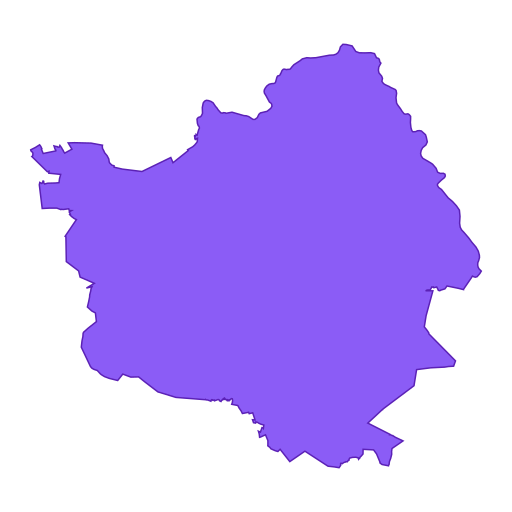 outline of Tepic, Nayarit, Mexico
{"feature_id": "50627088B74559046187795", "entity_name": "Tepic", "entity_type": "district", "adm_level": 2, "iso_a3": "MEX", "parent_name": "Mexico", "parent_adm1": "Nayarit", "projection": "orthographic", "projection_center": [-104.883, 21.625], "detail": "fine", "context": "isolated", "style": "filled", "palette": "violet", "viewbox_px": 512, "rotation_deg": 0, "n_neighbors": 0, "source": "geoboundaries", "source_scale": "gbopen_adm2", "svg_char_len": 5962}
<svg xmlns="http://www.w3.org/2000/svg" viewBox="0 0 512 512"><path d="M339.1,467.7L340.7,465.3L340.7,464.6L340.5,463.9L341.0,463.2L342.3,463.7L343.4,462.8L344.4,462.3L345.4,462.1L345.9,461.7L347.3,461.8L348.4,460.3L349.0,460.2L349.1,459.2L349.7,458.1L352.3,457.4L355.9,457.2L357.4,457.7L357.7,457.6L358.1,457.7L358.6,459.2L359.0,458.6L359.6,458.4L359.9,457.4L361.2,456.1L363.0,454.0L363.1,449.3L373.6,449.9L376.6,454.0L380.0,462.2L379.9,462.8L380.0,463.0L382.0,464.5L388.5,465.8L388.7,465.0L389.1,464.4L389.4,461.7L390.7,458.3L391.7,454.3L391.6,451.5L392.0,448.5L403.0,440.9L395.4,437.3L393.5,436.1L393.3,436.1L392.9,435.6L391.8,435.4L390.1,434.5L389.8,434.6L389.9,434.3L367.8,423.1L382.0,409.9L382.6,409.7L383.0,409.0L414.0,385.7L416.6,369.6L430.8,367.8L444.7,367.1L448.5,366.5L453.6,366.2L455.5,360.9L428.9,333.9L428.7,332.7L426.4,329.4L424.3,326.9L426.1,315.7L432.9,290.8L425.6,290.8L427.0,290.1L427.2,290.4L427.8,290.0L430.2,289.9L431.9,286.9L432.7,287.2L433.4,287.0L433.8,287.7L436.7,287.0L438.1,289.6L438.1,290.0L439.2,290.7L440.1,290.6L440.9,290.1L444.9,288.9L447.0,286.0L458.3,288.3L463.5,289.6L463.5,289.3L471.3,277.9L472.4,276.1L473.6,276.7L475.3,277.2L477.1,276.7L479.8,273.6L481.3,271.1L479.0,268.8L478.1,267.1L477.7,265.2L477.8,262.7L478.6,260.8L479.5,257.6L479.4,255.3L478.3,251.2L476.0,247.1L471.9,242.3L468.7,237.9L464.3,232.8L461.6,229.9L460.2,227.2L459.6,223.2L460.0,216.4L459.4,210.1L456.5,205.9L452.5,201.5L448.1,197.8L441.5,189.5L438.8,187.6L437.9,186.3L437.4,185.1L437.5,184.2L438.3,183.1L441.4,180.1L444.5,177.6L445.3,176.0L445.0,174.2L443.4,173.3L440.3,173.4L437.6,172.2L436.1,168.3L432.6,164.2L430.7,162.9L422.8,158.3L421.1,155.8L420.6,153.4L421.2,150.4L422.6,147.7L425.9,145.0L427.3,141.9L426.3,137.2L425.5,134.7L421.4,131.0L419.4,130.6L417.3,130.8L415.8,131.6L412.9,131.8L411.8,130.6L410.9,127.4L410.4,122.5L410.6,118.9L410.6,116.3L409.2,114.6L407.9,113.8L405.6,114.2L404.1,113.8L402.2,111.5L400.4,108.6L397.7,105.0L396.6,103.1L396.0,97.7L396.6,93.3L396.1,90.5L395.2,89.5L390.6,87.4L389.2,86.5L386.7,85.4L384.5,84.3L383.3,83.3L381.9,81.4L382.5,78.4L381.7,76.2L378.9,72.8L378.4,70.1L378.8,67.0L380.9,63.1L379.8,61.8L379.4,59.7L378.9,58.8L378.0,58.2L376.5,57.8L374.5,53.6L370.8,52.7L365.1,52.9L359.3,52.8L355.8,51.5L352.1,45.9L346.2,44.5L342.9,44.3L340.4,46.9L339.5,50.1L338.0,52.7L336.0,54.2L333.5,55.0L329.4,55.2L315.9,57.7L310.4,58.0L306.8,57.7L302.3,58.9L300.1,60.7L293.9,64.7L291.9,66.9L290.3,69.0L289.1,69.4L288.0,69.3L286.7,69.6L284.1,69.1L283.3,69.3L282.6,69.9L281.7,71.1L281.2,72.7L280.5,73.6L280.4,74.4L280.0,74.9L279.1,75.6L277.6,76.0L276.9,77.2L275.6,82.0L275.0,83.0L273.8,83.5L271.8,83.6L269.2,84.2L266.9,85.9L265.5,87.7L264.4,89.7L264.1,91.2L264.4,93.1L266.0,95.7L269.4,102.0L271.1,103.3L271.6,104.0L272.0,106.2L270.8,108.3L267.1,111.3L260.4,112.9L258.9,114.3L257.3,117.6L255.0,119.4L253.0,119.4L248.8,116.6L246.4,115.8L243.9,115.6L232.0,112.2L226.0,113.3L225.5,112.9L224.1,112.7L223.2,112.7L222.8,113.1L220.9,112.9L218.1,109.8L216.9,107.9L215.5,106.4L213.1,102.8L210.9,101.4L208.6,100.6L206.5,100.3L205.1,100.8L204.1,101.7L203.2,103.0L202.3,107.5L202.5,113.4L201.5,115.5L200.6,116.7L198.4,117.4L197.3,118.5L197.0,119.3L197.4,123.3L198.2,125.7L198.9,126.2L199.3,127.2L199.4,128.2L198.7,129.5L197.1,135.2L196.5,134.8L196.6,135.1L195.6,135.2L195.4,135.6L195.1,135.5L194.9,135.7L194.6,135.7L194.6,136.3L195.2,136.3L194.8,137.4L194.8,138.5L195.1,139.2L195.5,139.2L195.5,139.5L195.8,139.5L196.1,138.6L196.9,138.6L197.5,138.3L197.3,141.5L196.7,142.6L194.7,145.0L192.8,146.7L187.6,149.7L188.2,150.6L173.0,162.7L170.8,157.5L142.0,171.5L122.4,169.1L114.1,167.2L114.1,165.8L111.8,165.1L109.6,162.9L109.2,161.9L108.8,159.0L107.1,155.7L104.6,152.7L103.8,150.8L102.5,148.4L102.3,146.2L102.5,145.2L91.0,143.1L74.5,142.7L68.2,142.9L71.9,149.2L64.7,153.1L63.5,151.4L63.1,150.2L62.7,149.9L61.5,147.6L59.9,145.4L59.1,147.2L57.8,147.1L57.3,146.6L55.7,146.4L54.0,145.9L55.0,149.1L55.9,150.2L55.8,150.9L43.2,153.5L41.4,149.2L41.9,148.8L40.8,146.4L39.6,144.8L35.3,147.5L30.7,149.8L30.9,150.8L32.5,152.4L32.9,153.1L32.8,155.4L32.5,156.0L31.8,156.5L47.4,171.8L49.0,171.2L48.8,173.2L60.7,174.4L59.5,178.7L59.0,182.7L55.4,183.0L47.6,183.2L44.6,184.0L43.8,183.0L43.7,181.3L43.1,181.0L42.1,183.3L41.8,183.5L39.8,182.4L39.3,184.8L42.2,208.5L49.6,208.1L56.8,208.1L60.9,209.6L61.4,209.3L63.2,209.5L68.7,208.8L69.1,210.2L69.3,210.5L71.5,210.6L69.2,212.0L70.4,214.2L69.7,214.6L71.5,216.5L74.3,218.6L76.4,219.6L65.1,236.3L65.9,236.8L66.3,261.6L78.6,270.9L80.1,277.1L94.3,283.3L86.4,288.1L92.0,286.7L91.0,288.8L90.8,290.6L89.7,294.9L89.6,297.0L88.7,301.5L87.4,307.0L91.8,311.0L95.4,312.9L96.4,321.6L88.1,328.2L83.6,332.2L83.1,333.3L82.9,336.5L82.0,340.9L81.3,347.2L90.5,366.6L92.0,368.3L94.0,369.4L97.3,370.5L100.3,373.8L101.4,374.7L104.5,376.6L109.3,378.4L117.7,380.5L122.8,374.1L130.8,377.1L138.6,376.9L145.2,382.2L157.9,391.9L175.9,397.4L205.3,399.7L205.5,399.4L206.2,399.9L207.7,400.0L210.9,401.2L211.2,400.1L211.7,399.7L212.4,400.2L212.7,399.8L214.4,400.7L214.5,400.2L215.1,400.6L218.1,399.5L219.0,399.7L219.5,400.8L221.0,401.5L221.6,400.4L222.6,399.9L222.4,399.8L222.6,399.3L223.1,399.1L223.6,398.6L224.2,398.1L224.5,398.0L224.9,398.7L223.9,399.0L223.9,399.4L224.8,399.3L225.2,399.6L225.8,399.3L226.6,399.8L227.6,399.6L227.9,399.9L226.9,400.4L227.0,400.6L227.8,400.8L228.0,400.6L229.1,400.8L229.2,400.6L228.7,400.2L228.8,400.0L229.4,399.7L230.1,399.9L231.3,398.6L232.3,398.8L232.6,400.3L232.4,401.9L232.5,402.0L231.7,404.3L237.8,405.5L239.2,408.2L241.1,410.9L242.4,413.5L248.6,412.3L249.2,413.7L252.7,412.8L255.0,419.9L252.5,419.7L253.5,422.7L255.6,423.1L255.9,421.9L257.6,422.4L258.6,423.1L260.9,424.2L263.8,425.0L263.4,428.3L263.2,428.0L262.0,427.6L260.4,432.1L258.4,431.2L259.2,433.9L259.6,437.3L260.4,437.1L265.5,434.8L267.9,440.6L267.9,445.1L267.8,445.8L269.9,447.4L270.9,448.8L275.2,450.7L277.9,451.5L280.1,449.3L289.8,461.6L304.9,451.2L305.9,451.8L328.0,466.2L334.3,466.9L339.1,467.7Z" fill="#8b5cf6" stroke="#5b21b6" stroke-width="1.5"/></svg>